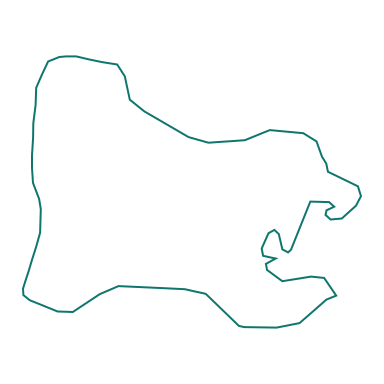 Mbuji-Mayi, Kasaï-Oriental, Democratic Republic of the Congo
{"feature_id": "63176286B79011641071296", "entity_name": "Mbuji-Mayi", "entity_type": "district", "adm_level": 2, "iso_a3": "COD", "parent_name": "Democratic Republic of the Congo", "parent_adm1": "Kasaï-Oriental", "projection": "orthographic", "projection_center": [23.614, -6.111], "detail": "fine", "context": "isolated", "style": "outline", "palette": "teal", "viewbox_px": 384, "rotation_deg": 0, "n_neighbors": 0, "source": "geoboundaries", "source_scale": "gbopen_adm2", "svg_char_len": 1299}
<svg xmlns="http://www.w3.org/2000/svg" viewBox="0 0 384 384"><path d="M326.3,163.7L322.0,156.7L316.5,141.4L303.3,133.2L269.8,130.1L261.8,133.3L244.9,140.2L230.9,141.2L221.4,141.8L208.9,142.7L208.4,142.7L192.1,138.1L188.6,137.1L185.3,135.2L144.5,111.5L138.9,107.0L129.8,99.7L124.8,76.3L117.2,64.5L102.0,62.1L88.5,59.3L76.2,56.4L71.1,56.4L66.1,56.4L59.3,57.0L48.1,61.5L41.9,74.7L36.2,87.8L35.6,105.0L33.3,123.3L33.1,137.6L32.0,155.4L32.0,168.0L33.0,182.9L39.1,198.9L40.8,209.2L40.1,232.7L36.1,247.0L32.1,259.5L28.7,271.0L25.3,281.3L23.0,288.7L23.4,295.1L29.7,300.2L57.6,311.5L64.2,311.7L72.8,312.0L99.7,294.2L101.7,293.3L118.5,286.1L164.3,288.2L184.9,289.2L194.6,291.4L205.7,293.8L238.9,325.9L244.2,327.1L276.7,327.6L278.7,327.2L299.5,323.1L311.6,312.6L326.4,299.6L336.2,295.6L333.2,291.2L324.1,277.9L320.7,277.6L311.1,276.6L306.7,277.3L282.3,281.2L267.0,269.9L266.3,265.8L265.9,263.9L275.7,258.5L270.3,257.4L263.1,255.8L262.7,253.8L261.7,248.5L265.1,240.8L268.5,233.2L274.4,229.9L278.8,234.1L279.4,236.7L282.4,249.4L288.1,252.4L291.0,249.7L310.3,201.6L329.1,202.1L334.2,206.7L330.0,208.7L326.5,210.3L326.3,211.4L325.5,214.9L330.6,219.5L341.8,218.5L350.0,211.1L356.0,205.7L360.7,196.7L361.0,196.2L357.9,186.3L328.0,171.8L327.6,170.1L326.3,163.7Z" fill="none" stroke="#0f766e" stroke-width="2"/></svg>